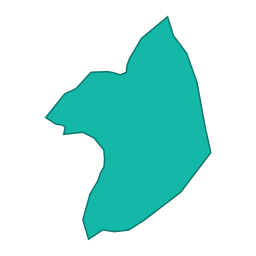 Velike Lašče, Robinson projection, rotated 268°
{"feature_id": "SVN-1000", "entity_name": "Velike Lašče", "entity_type": "Municipality", "adm_level": 1, "iso_a3": "SVN", "parent_name": "Slovenia", "parent_adm1": "", "projection": "robinson", "projection_center": [14.586, 45.849], "detail": "fine", "context": "isolated", "style": "filled", "palette": "teal", "viewbox_px": 256, "rotation_deg": 268, "n_neighbors": 0, "source": "natural_earth", "source_scale": "10m", "svg_char_len": 586}
<svg xmlns="http://www.w3.org/2000/svg" viewBox="0 0 256 256"><g transform="rotate(268 128 128)"><path d="M34.7,140.0L25.9,124.8L24.9,110.5L27.1,99.2L18.2,84.7L37.9,79.7L63.2,87.7L76.5,96.2L84.4,99.1L90.1,102.7L97.7,103.5L107.0,103.1L119.4,93.5L125.3,82.7L123.9,63.5L131.0,65.3L133.4,62.4L134.3,56.1L141.3,46.1L164.3,65.9L169.1,77.3L185.0,93.1L185.0,109.7L183.8,115.3L181.4,121.9L183.5,128.2L190.5,129.2L197.8,132.2L217.3,144.8L237.8,171.4L218.7,176.6L200.9,189.1L171.2,198.5L125.8,205.2L100.5,209.9L62.0,178.4L34.7,140.0Z" fill="#14b8a6" stroke="#0f766e" stroke-width="1.5"/></g></svg>